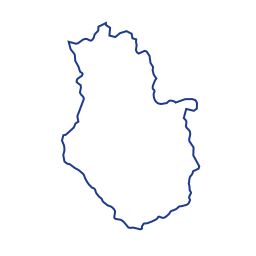 the Autonomous Community of Córdoba, rotated 194°
{"feature_id": "ESP-5817", "entity_name": "Córdoba", "entity_type": "Autonomous Community", "adm_level": 1, "iso_a3": "ESP", "parent_name": "Spain", "parent_adm1": "", "projection": "orthographic", "projection_center": [-4.923, 37.957], "detail": "fine", "context": "isolated", "style": "outline", "palette": "blue", "viewbox_px": 256, "rotation_deg": 194, "n_neighbors": 0, "source": "natural_earth", "source_scale": "10m", "svg_char_len": 2808}
<svg xmlns="http://www.w3.org/2000/svg" viewBox="0 0 256 256"><g transform="rotate(194 128 128)"><path d="M206.4,197.3L198.9,197.2L197.1,198.1L192.9,203.0L191.1,204.1L189.4,204.4L185.7,203.7L184.9,203.9L184.1,204.8L183.1,206.9L183.0,210.7L180.4,215.3L181.2,219.1L174.8,224.5L174.2,222.5L169.6,220.9L168.4,213.2L162.3,213.2L158.7,218.1L152.9,221.6L147.2,220.3L145.4,216.1L141.5,216.0L141.0,213.3L139.7,210.6L139.1,205.4L137.6,203.6L135.7,202.8L130.5,206.9L128.4,206.7L124.6,203.2L121.9,196.6L118.4,193.2L118.1,190.1L116.0,186.1L112.5,182.9L113.3,180.7L114.1,175.0L113.7,172.6L113.2,171.9L111.9,171.2L111.4,170.6L111.1,169.6L111.4,167.8L111.3,166.9L110.3,164.0L108.7,161.6L106.7,159.9L104.3,159.1L101.7,159.3L96.5,161.5L94.7,164.2L94.1,164.7L91.8,165.1L89.1,164.9L88.0,164.2L79.5,169.8L72.7,171.6L69.2,171.3L67.1,168.9L65.9,163.5L68.3,160.6L76.1,160.6L76.3,151.1L73.8,149.5L73.1,148.7L72.6,147.1L72.3,143.9L71.3,142.5L68.0,140.5L66.9,139.3L66.1,137.0L65.9,131.7L65.3,130.1L59.7,125.0L58.0,117.2L49.6,108.1L49.7,105.6L53.9,102.2L54.4,101.6L54.4,100.8L54.4,99.9L54.8,98.2L55.1,97.3L55.8,96.4L56.1,94.6L56.1,93.7L56.0,92.8L55.9,91.9L55.7,91.0L55.6,90.1L55.7,89.1L55.5,88.6L54.6,86.9L54.3,86.2L54.0,85.6L53.8,85.0L53.4,83.5L53.2,82.9L52.9,82.3L52.4,81.9L51.9,81.4L51.5,80.9L51.2,80.4L51.2,79.8L51.5,78.5L51.7,77.9L51.9,76.5L52.0,75.9L51.9,75.3L51.6,74.7L50.7,73.7L50.4,73.1L50.4,72.5L50.5,71.8L51.1,69.2L51.8,68.3L53.1,67.3L57.5,64.9L59.1,64.4L59.8,63.8L60.8,62.1L61.4,61.3L62.9,60.0L62.9,59.9L65.9,58.0L66.7,56.9L67.0,56.0L67.1,55.2L67.4,54.5L67.8,53.8L68.4,53.1L69.3,51.7L69.8,51.0L71.5,49.5L72.8,49.2L74.8,49.3L76.0,49.5L76.5,49.5L77.0,49.3L77.3,48.7L77.3,48.2L77.6,47.6L77.9,47.1L78.3,46.6L78.8,45.9L82.0,43.2L86.5,40.1L89.3,39.2L89.8,38.6L90.0,37.9L90.3,37.1L90.7,35.8L90.5,34.9L90.1,34.0L90.4,33.3L91.5,32.7L99.2,32.6L100.8,31.8L103.5,31.5L109.1,35.7L112.3,37.1L114.5,37.1L115.6,36.9L118.5,36.9L119.4,37.4L119.8,38.3L120.0,40.2L120.0,41.2L120.2,43.2L120.6,44.3L121.8,45.7L123.8,47.0L125.3,47.6L126.5,47.8L128.4,47.9L129.7,48.3L133.7,50.1L135.0,51.0L135.7,51.9L136.0,52.6L137.9,53.7L139.6,54.4L143.0,57.1L143.9,58.3L144.4,59.3L145.2,60.4L146.0,61.0L146.9,61.3L147.8,61.3L149.2,61.7L150.4,62.7L151.9,63.4L154.4,65.6L157.2,68.5L159.1,71.3L160.1,72.4L161.1,73.0L165.4,75.1L168.0,75.9L169.3,76.1L175.6,78.7L176.8,78.8L178.2,78.6L181.4,80.0L181.6,80.2L184.3,86.2L184.2,90.3L184.8,93.0L185.9,95.6L189.0,99.8L189.0,105.3L186.6,106.5L181.0,114.9L180.6,116.0L180.1,119.3L179.7,120.1L177.7,122.1L180.0,127.1L177.9,145.1L178.3,146.6L179.4,147.7L181.8,149.2L183.2,150.8L183.5,156.0L184.3,158.1L187.6,159.4L189.1,160.4L189.2,162.7L188.5,164.0L185.4,167.5L185.1,169.4L185.8,170.2L188.1,171.0L190.8,175.4L195.4,180.4L197.0,185.3L197.8,186.8L202.7,190.5L206.4,197.3Z" fill="none" stroke="#1e3a8a" stroke-width="2"/></g></svg>